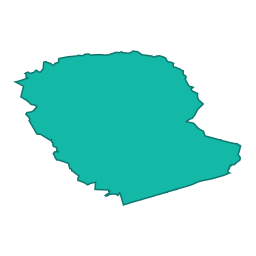 Bilskas pag., Smiltenes, Latvia (Equal Earth projection)
{"feature_id": "27541924B86975259147781", "entity_name": "Bilskas pag.", "entity_type": "district", "adm_level": 2, "iso_a3": "LVA", "parent_name": "Latvia", "parent_adm1": "Smiltenes", "projection": "equal_earth", "projection_center": [26.046, 57.482], "detail": "fine", "context": "isolated", "style": "filled", "palette": "teal", "viewbox_px": 256, "rotation_deg": 0, "n_neighbors": 0, "source": "geoboundaries", "source_scale": "gbopen_adm2", "svg_char_len": 5376}
<svg xmlns="http://www.w3.org/2000/svg" viewBox="0 0 256 256"><path d="M229.2,172.7L228.5,172.3L228.3,172.1L228.1,172.2L227.8,170.5L228.3,170.0L228.4,169.4L229.0,169.0L229.4,168.6L229.5,168.4L229.4,168.3L229.0,168.1L229.6,166.8L230.2,166.5L230.6,165.9L230.3,165.4L231.5,165.3L231.5,164.7L234.5,164.6L235.9,163.1L236.8,162.3L239.6,160.3L240.0,159.8L240.1,158.1L240.2,157.4L239.4,156.3L238.7,155.5L238.6,155.3L238.1,154.6L239.0,152.0L240.0,148.3L240.1,147.8L240.1,146.9L240.6,146.4L240.5,145.9L240.3,145.7L240.1,145.4L238.2,144.8L237.0,143.6L234.9,143.7L233.1,143.2L231.3,142.9L229.2,142.4L226.7,141.8L226.5,141.7L224.7,141.2L223.8,141.2L222.6,140.9L221.0,139.9L220.8,139.8L219.4,139.8L205.0,135.9L203.4,131.2L203.2,131.2L202.1,130.6L198.5,128.6L193.7,123.3L191.5,122.8L189.7,122.4L186.5,121.7L186.6,121.4L186.8,121.1L187.0,120.8L187.7,120.4L190.2,119.0L192.3,118.2L195.0,114.7L197.6,109.5L198.9,108.2L199.1,108.1L200.0,107.1L201.7,105.6L203.2,104.0L200.4,101.5L198.1,99.3L197.5,96.2L197.5,93.5L192.3,91.0L190.9,89.3L191.9,88.2L193.2,87.5L192.1,86.8L190.0,86.7L188.9,85.7L188.5,85.1L187.1,82.8L185.0,78.5L186.1,77.6L185.8,76.1L183.5,74.7L183.0,73.3L183.3,72.2L183.3,70.8L183.0,70.8L182.7,70.7L182.4,70.7L180.9,70.0L180.8,69.9L179.9,69.0L179.4,68.7L178.2,68.5L176.2,67.5L175.6,67.3L174.2,67.2L173.5,67.0L173.4,66.9L173.3,66.7L173.3,66.1L173.1,64.7L173.1,64.4L173.2,64.2L173.5,63.8L173.7,63.5L173.5,63.4L171.2,62.3L170.3,62.0L168.9,62.0L168.3,61.9L168.0,61.7L166.5,60.1L166.3,59.6L166.1,58.7L165.9,58.3L164.1,57.3L163.5,57.0L159.5,55.8L158.5,55.8L155.5,56.4L155.1,56.6L154.9,56.9L154.6,57.2L154.2,57.3L153.8,57.1L153.7,57.1L153.3,56.8L153.1,56.7L152.7,56.4L152.1,56.2L151.9,56.1L151.6,56.0L151.4,56.0L151.2,55.9L150.2,56.0L148.6,55.6L142.2,54.9L137.7,51.7L132.9,51.1L132.6,51.2L132.3,51.3L132.2,51.5L131.9,51.9L131.6,52.2L128.9,53.2L123.3,52.8L122.9,52.6L122.1,52.1L121.6,51.9L121.3,51.9L121.1,51.9L119.7,52.5L119.3,52.6L118.3,52.6L116.8,52.4L116.0,52.4L115.6,52.5L114.3,52.9L110.6,54.1L109.3,54.5L107.9,55.0L107.2,55.2L106.3,54.9L105.9,54.9L104.4,55.2L103.8,55.2L102.7,54.8L101.6,54.7L96.8,54.7L95.8,54.8L95.2,54.8L93.9,54.9L90.8,55.1L90.4,55.0L89.0,54.2L88.7,54.0L88.0,54.0L86.7,54.1L85.2,54.3L84.9,54.3L84.7,54.4L84.0,55.1L83.8,55.1L82.9,55.6L82.6,55.7L81.9,55.7L78.2,55.3L77.9,55.4L76.9,55.9L76.5,56.0L74.5,56.2L73.2,56.3L71.2,56.5L68.2,56.8L67.0,56.9L66.0,57.2L59.4,58.4L59.2,58.5L58.6,59.1L58.5,59.3L58.5,59.5L58.5,59.9L58.7,60.7L58.7,61.5L58.6,61.8L58.3,62.2L57.8,62.5L55.8,63.1L55.3,63.2L55.0,63.5L54.7,63.8L54.2,64.6L54.1,64.8L53.8,65.0L53.6,65.0L53.2,65.1L52.8,65.1L52.5,65.1L52.1,64.9L51.8,64.7L51.4,64.2L50.9,63.6L50.3,63.4L48.7,62.9L45.6,61.7L45.0,61.7L44.5,61.9L44.2,62.0L43.8,62.3L43.6,62.6L43.6,63.0L43.5,64.5L43.2,68.6L40.8,71.8L40.6,72.0L40.3,72.1L39.8,72.1L38.6,71.9L38.4,71.8L36.9,70.5L36.8,70.4L36.5,70.3L36.2,70.3L35.9,70.4L35.5,70.5L35.3,70.7L35.0,71.2L34.8,71.4L34.3,72.1L34.0,72.4L33.7,72.5L30.8,73.2L30.2,73.4L29.8,73.4L29.3,73.1L28.5,72.4L28.3,72.2L27.7,72.2L27.2,72.3L25.0,73.5L25.3,73.7L25.9,74.0L26.1,74.2L26.2,74.4L26.1,75.5L26.0,76.1L25.9,76.5L26.0,76.8L26.3,77.2L26.6,77.5L27.7,78.1L19.6,80.9L18.2,81.3L15.4,81.9L23.6,86.2L22.5,90.1L20.9,96.9L25.7,99.8L26.7,100.5L29.3,102.5L30.8,104.2L30.9,104.3L31.7,104.5L32.4,104.8L34.5,104.8L34.8,105.2L35.0,105.4L36.2,106.0L36.4,106.2L36.5,106.3L36.5,106.6L36.5,106.8L36.6,107.0L36.3,107.3L36.3,107.5L36.2,107.5L35.9,107.8L35.6,108.2L35.6,108.3L35.4,108.4L35.4,108.5L35.2,108.6L35.1,108.8L34.8,109.1L34.7,109.4L34.2,109.8L34.3,109.9L34.2,110.0L34.0,110.3L33.6,110.6L33.3,111.0L33.0,111.1L32.8,111.3L32.3,111.4L31.6,111.7L30.6,112.0L26.9,112.6L25.9,113.9L25.9,114.1L26.0,114.4L26.1,114.5L28.6,117.0L28.9,117.5L29.5,118.7L29.7,119.1L29.8,119.3L29.8,119.6L29.7,119.8L29.1,120.6L34.1,129.1L34.6,129.9L34.9,130.7L35.5,131.6L36.4,133.2L37.0,134.1L40.3,134.3L40.8,134.4L45.3,137.2L46.3,137.8L48.9,139.4L50.7,140.5L51.5,139.8L51.8,141.7L52.0,142.3L52.7,142.8L52.8,143.1L52.9,143.8L53.0,144.6L52.9,145.1L53.0,145.5L53.1,145.9L53.4,146.2L53.8,146.5L56.0,147.3L56.4,147.5L56.6,147.7L56.8,148.1L56.9,148.6L56.9,149.5L56.8,150.1L56.8,150.5L56.9,150.8L57.9,151.7L54.6,151.9L54.0,152.6L53.3,153.6L54.6,156.1L55.0,157.1L55.4,157.8L56.4,159.5L56.5,159.5L56.7,159.9L58.2,160.1L59.5,160.2L60.7,160.7L64.6,162.0L68.5,163.5L69.2,166.3L69.8,168.6L71.3,168.9L71.7,170.5L71.8,170.8L72.4,171.1L73.3,171.6L74.3,172.5L74.9,173.0L79.1,176.0L78.4,177.1L78.3,177.5L78.0,177.8L77.9,180.4L78.4,180.5L81.2,181.5L84.1,182.6L85.8,183.7L86.8,184.3L87.7,184.9L90.5,183.3L95.6,182.3L95.0,189.4L108.8,190.0L108.6,190.4L108.7,191.3L109.2,191.4L109.9,191.5L109.0,193.1L105.2,195.4L105.6,196.0L106.7,196.0L108.3,195.3L109.5,194.3L110.7,194.2L113.3,194.0L116.0,194.1L116.8,194.7L117.9,195.4L118.6,194.5L119.5,192.8L120.0,193.5L120.4,194.6L121.1,196.6L122.2,200.7L123.4,204.5L123.4,204.9L130.8,202.6L140.1,199.9L140.5,199.8L140.8,199.8L140.8,199.7L149.0,197.3L150.8,196.9L153.3,196.1L158.3,194.5L158.8,194.4L159.0,194.5L163.6,193.0L165.3,192.6L166.8,192.3L166.6,192.1L169.2,191.3L170.7,191.0L173.1,190.2L176.6,189.4L176.4,189.2L176.9,189.1L180.4,188.0L181.4,187.8L188.3,185.8L190.1,185.2L192.2,184.5L197.6,182.1L198.9,181.6L200.0,181.3L202.8,180.6L208.8,179.4L211.7,178.8L213.7,178.3L220.1,176.4L221.0,176.2L223.7,175.3L226.0,174.5L226.0,174.4L226.9,174.1L229.4,172.9L229.1,172.7L229.2,172.7Z" fill="#14b8a6" stroke="#0f766e" stroke-width="1.5"/></svg>